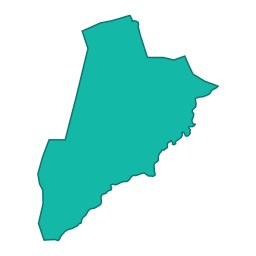 Juazeiro do Piauí, Piauí, Brazil
{"feature_id": "56859067B16787384500199", "entity_name": "Juazeiro do Piauí", "entity_type": "district", "adm_level": 2, "iso_a3": "BRA", "parent_name": "Brazil", "parent_adm1": "Piauí", "projection": "orthographic", "projection_center": [-41.546, -4.968], "detail": "fine", "context": "isolated", "style": "filled", "palette": "teal", "viewbox_px": 256, "rotation_deg": 0, "n_neighbors": 0, "source": "geoboundaries", "source_scale": "gbopen_adm2", "svg_char_len": 2273}
<svg xmlns="http://www.w3.org/2000/svg" viewBox="0 0 256 256"><path d="M218.1,86.2L204.7,81.2L192.9,74.1L188.2,64.0L184.8,56.1L173.8,60.0L163.3,57.5L152.5,57.5L147.4,57.4L141.1,37.8L140.3,35.5L138.0,25.9L138.6,24.4L138.0,22.2L135.8,21.1L133.9,20.7L132.5,21.3L131.8,18.9L129.9,15.4L111.7,20.8L110.0,21.1L100.3,23.0L82.2,31.1L88.0,48.5L86.0,56.6L76.7,95.1L65.2,139.8L57.6,139.8L49.1,139.8L44.0,153.2L42.3,158.0L38.9,170.3L37.9,174.0L39.6,184.0L42.9,190.4L42.9,195.9L43.1,203.7L38.5,223.5L43.6,238.7L44.1,240.1L54.7,239.5L56.2,239.9L58.2,240.6L59.7,239.0L60.4,237.0L61.7,235.0L63.2,233.4L64.9,231.4L66.7,230.4L68.0,229.5L69.9,229.0L71.5,228.7L73.2,228.0L74.6,227.0L76.5,226.4L78.0,225.1L79.2,223.6L80.9,223.3L81.5,221.0L82.0,219.1L83.2,217.2L84.8,216.0L86.3,214.4L87.5,211.9L88.6,210.5L90.3,208.9L92.5,208.5L94.3,208.2L96.2,207.2L97.8,206.2L99.5,205.3L100.8,204.0L101.4,201.5L101.2,199.5L100.9,197.3L101.4,195.6L102.7,194.3L104.5,193.8L106.2,193.1L107.0,191.8L108.6,190.7L110.9,190.0L111.6,188.5L111.0,186.7L110.7,185.0L112.3,184.2L114.2,184.5L115.7,184.8L117.8,184.0L119.7,183.0L121.1,182.3L122.8,181.7L124.9,181.5L126.9,181.5L128.6,180.4L130.0,178.7L131.1,177.0L132.5,175.8L134.0,175.4L136.1,175.5L137.9,174.8L140.2,174.0L142.3,173.2L144.3,173.0L146.2,174.4L148.6,176.0L150.8,176.0L153.1,176.4L155.2,174.8L154.9,173.2L154.4,171.8L154.4,169.6L154.2,167.5L153.9,165.3L154.4,163.6L155.5,162.6L157.0,161.9L158.4,160.3L158.2,157.6L158.6,155.5L159.4,153.5L160.9,152.0L162.3,149.9L164.4,149.9L165.5,148.5L167.3,147.7L167.5,145.8L167.2,144.1L168.2,142.4L169.7,142.1L170.9,140.5L172.6,142.4L172.5,144.2L173.9,144.7L175.7,143.7L175.3,142.2L176.6,140.7L178.2,139.6L179.8,138.6L181.4,137.2L182.5,134.5L181.8,132.7L183.7,132.3L184.8,133.9L185.5,135.9L187.7,136.0L189.1,134.8L190.2,133.3L189.8,131.5L190.4,130.0L189.2,128.3L188.6,126.8L190.1,126.6L192.2,126.7L194.3,125.7L195.2,124.3L193.6,124.1L192.4,122.8L191.9,120.5L192.4,118.8L193.5,116.3L193.7,113.5L192.2,112.0L192.4,109.8L194.4,108.0L195.7,106.9L195.7,105.3L196.2,103.9L195.7,102.3L195.5,100.3L195.2,98.6L196.4,97.9L197.9,97.5L199.3,97.1L200.8,96.9L203.0,96.7L204.7,96.1L206.2,95.5L207.8,94.8L209.5,93.8L210.7,92.2L211.6,90.5L212.8,89.7L214.7,88.7L216.6,87.6L218.1,86.2Z" fill="#14b8a6" stroke="#0f766e" stroke-width="1.5"/></svg>